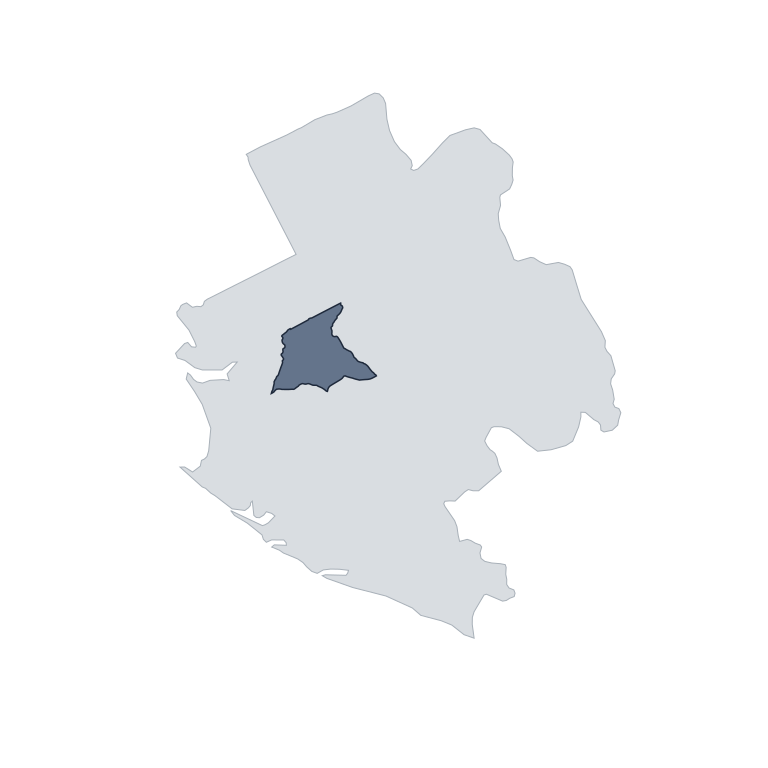 location of Abanga-Bignè, Moyen-Ogooué, Gabon, rotated 333°
{"feature_id": "22940354B65697742744176", "entity_name": "Abanga-Bignè", "entity_type": "district", "adm_level": 2, "iso_a3": "GAB", "parent_name": "Gabon", "parent_adm1": "Moyen-Ogooué", "projection": "robinson", "projection_center": [10.966, -0.21], "detail": "fine", "context": "in_parent", "style": "filled", "palette": "slate", "viewbox_px": 768, "rotation_deg": 333, "n_neighbors": 0, "source": "geoboundaries", "source_scale": "gbopen_adm2", "svg_char_len": 6401}
<svg xmlns="http://www.w3.org/2000/svg" viewBox="0 0 768 768"><g transform="rotate(333 384 384)"><path d="M513.2,128.7L512.8,134.7L506.8,149.4L504.0,160.7L503.3,172.8L505.0,182.5L507.9,189.5L509.7,197.0L508.3,202.3L505.4,204.5L507.4,207.2L511.8,207.8L519.2,205.5L530.7,201.5L545.7,195.7L555.6,192.5L571.9,194.5L580.6,196.7L585.1,200.8L589.9,218.2L592.3,220.8L596.3,228.2L599.6,237.0L600.3,241.5L599.9,244.8L596.6,249.6L592.9,256.6L591.6,260.9L588.5,264.1L584.5,267.2L573.6,268.4L571.9,270.3L568.9,277.8L563.1,284.1L560.5,290.2L558.2,298.2L558.7,308.1L557.5,322.4L556.3,332.1L559.2,335.4L572.2,337.8L574.8,339.7L578.2,345.7L582.7,351.3L594.6,354.9L599.2,359.2L603.0,363.9L603.5,367.8L600.7,383.3L598.1,398.2L599.1,409.5L600.1,420.4L601.5,436.1L600.9,445.8L597.5,451.6L597.5,456.2L599.0,461.8L596.0,477.2L594.1,479.7L588.8,482.6L586.0,486.7L585.0,493.2L582.2,502.1L579.2,505.3L579.2,509.4L582.1,512.5L582.0,517.1L576.7,522.6L573.5,526.8L566.4,528.8L558.2,526.6L556.3,523.6L558.3,518.8L557.6,515.0L554.8,511.0L550.5,500.7L546.6,498.5L544.5,502.7L537.9,510.6L526.2,520.6L518.0,521.4L502.9,518.4L490.3,513.6L484.3,501.8L480.6,492.1L475.2,480.7L469.2,475.4L462.7,472.0L459.8,471.7L450.6,478.0L447.8,480.5L447.8,485.8L448.7,490.7L450.1,493.1L451.3,496.2L451.1,501.2L449.4,507.7L448.9,515.0L419.9,522.1L414.8,519.5L411.2,516.3L406.8,516.8L394.2,520.6L389.6,518.0L385.0,516.1L382.9,517.7L382.7,520.8L384.9,537.8L384.2,544.3L381.3,552.8L379.9,558.6L387.6,560.2L390.3,562.9L393.0,567.2L396.7,571.2L397.0,573.6L392.8,578.1L391.3,583.5L393.3,587.8L398.6,592.3L406.2,597.0L410.0,600.0L409.6,602.8L406.1,608.8L404.7,613.8L402.3,618.3L402.8,622.5L406.2,626.4L405.8,629.9L403.5,632.5L398.7,632.0L394.7,632.4L391.1,631.3L379.8,617.8L377.3,617.4L360.9,627.8L356.8,632.0L353.5,638.2L348.9,651.4L341.5,643.7L335.0,629.6L327.5,620.9L311.8,606.9L307.6,596.5L289.5,573.8L263.6,551.0L244.8,531.2L242.0,526.8L245.2,527.4L263.3,537.2L265.7,536.1L267.8,533.9L260.0,528.7L252.5,524.7L245.5,522.1L238.5,522.4L234.6,518.2L232.1,511.8L230.8,506.4L227.7,500.7L217.7,489.0L215.3,484.5L209.9,478.3L213.2,477.5L223.8,483.4L224.8,481.0L223.9,477.5L213.1,471.9L207.3,471.6L206.0,467.6L206.8,463.1L199.1,446.0L191.1,433.2L189.9,427.2L211.4,455.0L214.2,455.4L218.0,455.2L226.9,452.1L225.2,448.3L221.2,444.4L217.3,446.2L212.3,446.6L209.6,444.9L208.4,442.0L213.5,428.6L211.3,429.2L209.7,431.6L206.9,432.8L202.6,433.5L192.0,426.3L182.7,406.7L180.2,402.7L177.7,396.0L175.3,393.2L164.5,365.4L168.7,367.5L173.5,375.5L183.0,373.8L186.7,369.2L190.0,369.3L193.3,368.3L197.5,363.9L209.6,344.8L212.8,319.6L211.8,304.6L210.0,289.8L214.1,285.0L215.6,288.2L216.4,293.4L218.3,297.3L222.7,300.8L230.7,301.8L243.2,307.3L247.6,310.8L248.8,303.8L263.2,297.8L258.8,295.7L246.1,298.0L228.6,289.1L222.8,283.5L217.4,272.7L211.8,267.1L212.2,262.0L224.7,257.4L228.0,257.9L229.4,263.5L232.8,265.7L234.0,265.0L234.6,260.3L234.7,247.5L230.8,229.3L232.0,225.8L235.4,224.6L238.5,222.1L240.6,221.7L244.9,222.1L247.0,226.4L248.2,228.7L252.5,229.8L256.0,232.0L259.0,231.4L261.5,228.8L265.2,228.2L276.7,228.3L287.0,228.3L307.7,228.4L328.3,228.5L349.0,228.5L364.5,228.6L364.5,218.2L364.4,202.1L364.3,183.1L364.2,164.9L364.1,148.1L364.0,128.2L364.9,122.4L365.9,120.1L365.5,116.8L381.5,116.6L410.4,118.0L423.0,117.8L426.6,118.1L442.4,117.1L455.2,118.4L460.6,119.8L465.5,120.5L480.8,121.3L500.8,120.2L507.6,120.5L511.4,123.3L513.2,128.7Z" fill="#d9dde1" stroke="#a8b0b8" stroke-width="1"/><path d="M279.3,341.3L280.4,341.3L282.3,341.1L283.4,340.6L284.3,340.2L285.3,340.0L286.1,339.9L286.9,340.3L287.6,340.5L288.6,341.0L289.7,341.7L290.5,342.4L294.1,344.3L297.3,345.9L299.9,347.0L300.8,347.6L301.6,347.8L302.6,347.7L303.5,347.5L305.4,347.2L306.8,347.0L307.7,346.5L308.6,346.4L310.3,346.4L311.3,346.5L311.8,346.8L313.5,348.2L314.5,348.7L316.0,349.0L316.9,349.4L317.3,349.7L318.1,350.5L319.1,351.7L319.8,352.5L320.4,353.0L320.9,353.2L321.9,353.8L323.1,354.4L323.7,355.0L324.3,356.1L325.6,357.6L326.9,359.2L327.9,360.9L328.6,362.2L329.0,363.4L329.7,364.5L330.2,364.9L330.8,364.3L331.4,363.4L332.3,362.6L333.2,361.9L335.2,361.2L339.1,360.9L346.6,360.4L348.1,360.2L349.2,360.0L350.1,359.6L350.9,359.2L351.8,358.8L353.1,359.1L353.9,360.1L355.1,361.3L356.8,362.9L358.6,364.4L359.6,365.5L361.3,367.1L363.1,368.6L363.8,369.3L365.9,370.1L368.6,371.2L371.8,372.6L373.9,373.2L375.7,373.4L378.6,373.4L380.9,373.3L380.9,373.1L380.8,371.9L380.5,371.5L380.1,371.1L380.0,370.3L379.8,369.2L379.1,368.0L378.7,366.4L378.3,364.6L378.0,362.7L377.7,360.9L377.1,359.2L376.2,357.5L375.1,356.4L374.9,355.5L374.2,355.0L373.2,354.2L372.2,353.2L371.3,352.2L370.8,351.1L370.6,349.8L370.2,348.2L369.6,347.1L369.4,346.0L369.6,345.0L369.6,343.9L369.6,342.5L369.3,341.0L368.9,339.8L368.1,339.0L367.4,338.0L366.2,336.4L365.5,335.1L364.8,334.2L364.5,333.6L364.5,332.4L364.5,330.4L364.5,326.9L364.3,323.7L364.1,321.6L363.8,320.6L363.4,320.0L362.9,319.8L361.8,319.5L361.1,319.1L360.5,318.5L360.1,317.6L360.0,316.8L360.2,315.8L360.6,315.0L361.1,314.3L361.5,313.5L361.8,312.9L361.9,312.0L362.1,310.9L362.2,310.0L362.7,309.4L363.3,309.2L363.9,309.1L364.5,308.8L364.8,308.4L365.3,307.5L365.7,307.0L366.4,306.6L367.6,306.1L368.7,305.3L369.8,304.8L371.9,304.0L372.3,303.5L372.6,302.8L373.2,302.1L375.1,301.6L376.6,301.1L378.1,300.3L379.5,299.2L380.2,298.5L381.6,297.6L382.0,297.0L382.1,296.5L382.2,295.8L382.1,295.2L381.8,294.7L381.5,294.4L381.4,293.8L381.6,293.4L381.9,292.8L382.1,292.2L379.2,292.2L361.4,292.3L349.9,292.4L349.0,292.2L348.3,291.9L347.2,291.8L346.4,291.9L345.8,292.4L344.9,292.5L337.2,292.7L325.7,292.9L325.6,292.1L324.5,292.1L322.7,292.3L321.9,292.7L321.3,293.1L320.0,293.5L318.0,293.8L317.2,294.1L315.6,294.3L314.7,294.8L314.6,295.4L314.9,296.0L314.9,296.9L314.4,297.7L313.7,298.2L313.1,298.5L312.7,299.5L312.4,300.6L312.4,301.5L312.5,302.2L312.8,303.0L313.3,304.1L313.0,305.2L312.6,306.0L312.1,306.5L311.3,306.7L310.6,306.7L310.0,306.8L309.5,307.4L309.1,308.3L308.9,309.1L308.0,310.1L307.2,310.5L306.1,310.7L305.6,311.3L305.5,312.2L305.8,313.1L305.9,314.9L306.0,315.8L305.6,316.5L305.0,316.8L304.1,317.0L303.8,317.4L303.6,318.3L303.2,319.1L302.4,319.9L301.1,321.1L299.3,322.7L298.2,323.8L296.9,325.0L294.5,327.4L293.4,328.3L292.4,328.5L291.6,328.8L290.9,329.5L289.5,330.6L288.5,331.0L287.7,331.7L287.1,332.1L286.7,333.0L286.3,333.8L285.5,334.7L284.9,335.4L283.8,336.7L283.0,337.7L282.4,338.6L281.5,339.2L280.8,339.7L280.2,340.3L279.3,341.3Z" fill="#64748b" stroke="#1e293b" stroke-width="1.5"/></g></svg>